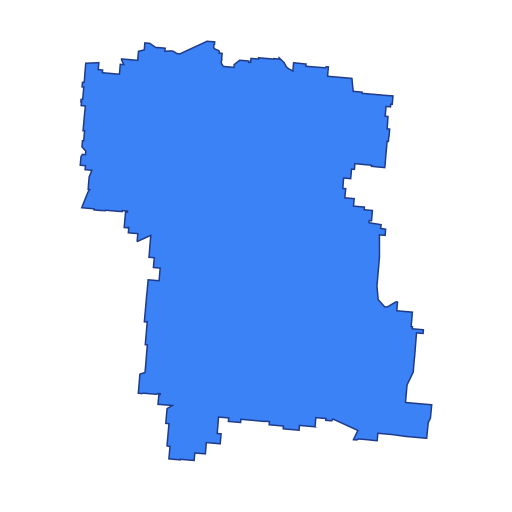 outline of Dumbleyung, Western Australia, Australia, rotated 95°
{"feature_id": "25037944B51137520992535", "entity_name": "Dumbleyung", "entity_type": "district", "adm_level": 2, "iso_a3": "AUS", "parent_name": "Australia", "parent_adm1": "Western Australia", "projection": "natural_earth1", "projection_center": [117.914, -33.218], "detail": "fine", "context": "isolated", "style": "filled", "palette": "blue", "viewbox_px": 512, "rotation_deg": 95, "n_neighbors": 0, "source": "geoboundaries", "source_scale": "gbopen_adm2", "svg_char_len": 4500}
<svg xmlns="http://www.w3.org/2000/svg" viewBox="0 0 512 512"><g transform="rotate(95 256 256)"><path d="M84.6,133.5L84.7,140.6L84.7,164.6L83.5,164.6L83.5,171.5L83.5,173.5L75.8,175.0L70.7,175.9L70.7,182.6L70.7,188.3L70.7,199.5L70.7,200.3L67.5,200.4L61.3,200.4L61.3,202.6L62.5,203.2L62.6,217.5L62.6,218.8L62.6,222.9L60.4,222.9L60.2,235.4L68.5,235.4L67.6,237.5L66.7,239.7L65.1,242.1L61.0,244.8L56.5,250.2L57.8,250.2L57.8,255.4L58.3,255.4L58.3,257.7L58.3,270.7L59.6,270.7L59.6,278.2L63.7,278.3L63.7,280.1L62.4,280.1L62.4,289.3L67.2,294.4L70.0,294.4L70.0,294.5L70.0,305.1L66.9,307.4L64.5,307.4L63.3,307.1L62.4,307.3L61.7,307.4L57.1,307.4L57.1,310.1L57.1,310.4L56.7,310.3L56.5,310.2L56.2,310.2L55.9,310.3L55.7,310.3L55.4,310.4L55.2,310.6L55.0,310.8L54.8,311.0L54.7,311.2L54.5,311.4L54.5,311.7L53.3,315.0L53.2,315.2L53.1,315.4L52.9,315.6L52.8,315.8L52.6,315.9L52.4,316.0L52.2,316.1L51.9,316.2L51.5,316.3L51.2,316.4L50.7,316.4L49.3,316.3L49.1,316.3L48.8,316.2L48.6,316.1L48.6,315.8L46.3,315.8L46.3,320.2L46.4,322.3L46.3,322.7L46.3,323.4L51.0,331.5L54.0,336.8L59.8,346.9L60.2,347.5L61.2,349.2L61.2,352.9L60.4,353.8L59.3,356.2L59.1,358.2L59.5,361.8L60.1,364.6L56.9,364.6L56.9,372.2L57.1,372.2L57.1,373.9L53.4,380.4L53.4,385.3L60.4,385.3L62.3,390.9L64.0,390.9L71.4,390.9L71.4,407.7L71.5,407.4L72.9,406.7L76.9,404.4L76.9,407.9L86.8,407.9L86.8,425.0L84.1,425.0L84.1,429.4L77.1,429.4L78.3,438.5L78.8,442.4L87.5,442.4L91.7,442.3L92.0,442.3L98.1,442.3L98.1,444.0L101.3,444.0L102.7,444.0L102.7,442.3L108.9,442.3L115.2,442.3L115.2,443.9L117.7,443.9L117.7,443.3L121.4,443.3L121.4,439.1L123.8,439.1L125.1,439.1L132.3,439.2L134.1,439.2L146.2,439.2L146.3,439.2L146.0,437.7L151.3,437.7L156.3,437.7L156.3,438.9L162.8,438.9L162.6,438.8L166.4,434.7L166.6,434.7L169.9,434.7L169.9,437.8L172.2,439.0L180.9,439.0L180.9,433.8L182.8,433.8L184.9,433.8L184.9,427.0L191.7,429.1L199.2,429.1L204.4,429.0L204.4,427.5L206.9,428.9L210.3,430.0L223.1,433.8L223.1,421.4L224.2,421.4L224.2,415.0L224.0,410.0L223.5,409.7L223.5,397.1L223.4,393.1L222.4,393.1L222.4,387.9L223.6,387.9L223.6,389.8L229.6,389.8L239.1,389.8L239.1,386.4L238.7,386.4L238.7,385.2L241.3,385.2L243.9,385.2L244.0,385.2L244.0,378.4L244.0,375.7L251.6,375.7L251.8,375.4L244.6,362.6L252.6,362.6L255.8,362.6L263.8,362.5L266.6,362.5L266.6,357.2L269.6,357.2L276.4,357.2L276.4,350.4L289.1,350.4L289.1,350.5L289.1,361.4L303.0,361.4L303.1,361.5L318.2,361.5L331.3,361.5L331.3,360.0L330.8,359.3L330.9,358.6L342.7,358.6L354.0,358.6L354.0,356.5L362.3,356.5L373.4,356.4L381.8,356.4L383.5,360.8L384.1,361.4L392.6,361.3L403.0,361.3L403.0,357.6L402.5,356.6L402.4,342.8L401.5,341.8L401.5,339.4L402.4,339.4L402.4,340.7L412.3,340.7L412.2,326.3L414.0,328.8L415.7,331.2L416.0,331.3L430.6,331.3L430.6,328.1L437.9,328.1L452.9,328.1L453.1,327.2L453.2,326.3L453.2,325.1L465.7,325.1L465.7,313.6L465.1,313.6L465.1,299.8L457.6,299.8L457.6,299.7L457.5,289.2L452.6,289.2L446.2,289.2L446.2,275.3L436.2,275.3L436.2,277.3L436.2,279.2L429.4,279.2L419.7,279.3L419.7,269.1L422.9,269.1L423.2,269.1L423.2,268.9L423.2,266.4L423.2,256.8L421.8,256.8L420.0,256.9L420.0,245.2L420.1,233.9L420.0,233.1L420.0,232.7L419.8,232.5L419.8,228.2L423.0,228.2L423.0,214.2L423.0,213.9L425.0,213.9L425.0,213.7L425.8,213.7L425.8,197.9L421.0,198.0L421.0,182.5L421.0,182.2L420.9,182.3L411.8,182.3L411.8,180.9L411.8,180.5L411.8,180.4L411.8,172.2L413.6,172.2L413.6,166.2L411.7,165.2L416.8,150.8L420.9,139.3L430.5,142.9L430.5,139.9L429.3,137.5L429.3,129.4L429.5,119.2L422.0,119.2L422.0,104.8L422.7,90.9L422.7,70.1L407.0,69.9L402.4,68.1L388.9,68.0L388.9,94.3L380.1,94.3L371.3,94.3L358.0,89.3L343.0,89.3L342.8,89.2L318.6,89.4L318.6,82.8L314.9,82.8L314.9,94.0L312.8,94.0L312.8,95.3L310.5,95.3L298.3,95.3L298.3,101.6L298.3,111.0L298.2,111.0L289.5,111.0L289.5,112.6L295.3,120.7L295.4,120.8L295.4,123.4L288.8,130.5L281.4,131.8L275.5,132.9L265.6,132.9L256.5,132.9L246.3,132.9L227.2,134.6L224.2,134.9L224.2,129.2L218.0,129.2L217.6,134.3L213.9,134.1L213.0,146.3L210.8,146.3L210.8,144.0L205.3,144.0L200.5,144.0L200.5,147.1L200.5,152.3L197.8,152.3L197.8,163.2L190.3,163.2L190.3,172.6L189.1,172.6L181.1,172.5L181.1,175.4L170.7,175.5L170.7,168.4L161.1,168.4L161.1,165.5L155.4,165.5L155.4,161.1L155.5,157.2L155.5,149.8L155.5,148.8L156.6,148.8L156.7,142.5L156.7,139.5L156.7,137.0L156.7,135.4L149.0,135.4L143.8,135.4L134.7,135.4L130.3,135.4L130.3,134.1L125.4,134.1L125.2,133.9L117.9,133.9L117.9,136.5L112.5,136.5L105.5,136.7L105.5,139.5L95.7,139.5L95.7,135.0L93.0,135.0L93.0,133.5L84.6,133.5Z" fill="#3b82f6" stroke="#1e3a8a" stroke-width="1.5"/></g></svg>